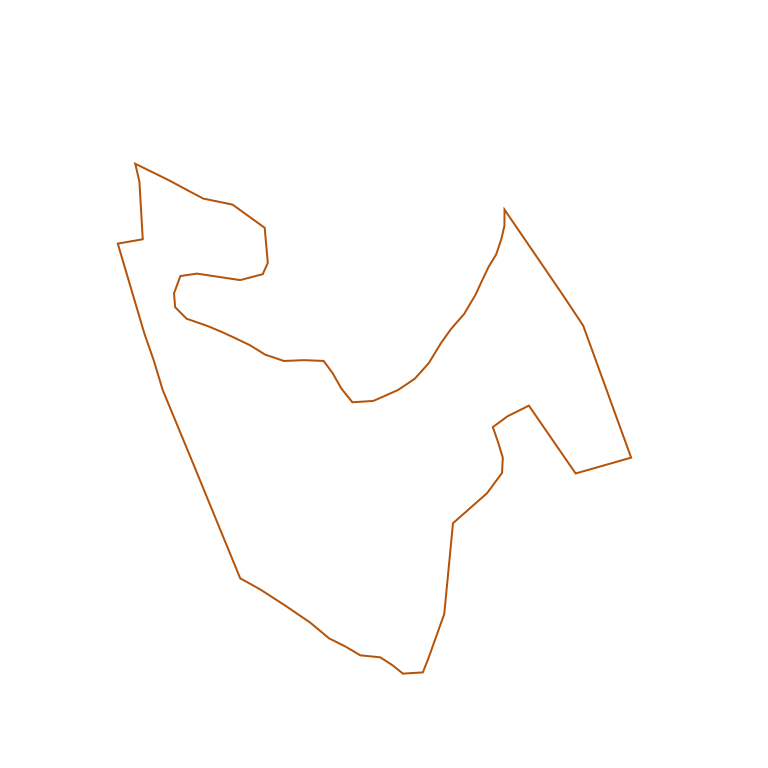 the district of Colinas, Rio Grande do Sul, Brazil, rotated 72°
{"feature_id": "56859067B64353341132274", "entity_name": "Colinas", "entity_type": "district", "adm_level": 2, "iso_a3": "BRA", "parent_name": "Brazil", "parent_adm1": "Rio Grande do Sul", "projection": "equal_earth", "projection_center": [-51.881, -29.385], "detail": "fine", "context": "isolated", "style": "outline", "palette": "amber", "viewbox_px": 768, "rotation_deg": 72, "n_neighbors": 0, "source": "geoboundaries", "source_scale": "gbopen_adm2", "svg_char_len": 1027}
<svg xmlns="http://www.w3.org/2000/svg" viewBox="0 0 768 768"><g transform="rotate(72 384 384)"><path d="M97.7,552.5L116.0,554.1L171.8,568.7L168.2,593.8L261.6,596.3L290.1,595.7L321.3,596.3L402.3,590.0L524.4,580.8L540.8,565.5L564.1,546.5L588.3,527.8L609.0,514.8L621.8,501.8L634.7,490.4L642.8,472.0L654.2,462.8L665.3,455.5L670.3,436.2L659.2,427.0L621.4,397.8L537.7,361.4L519.7,319.8L505.0,299.2L490.9,293.8L475.5,293.5L458.6,293.8L452.9,276.7L449.3,252.9L528.3,229.4L530.4,171.7L390.2,176.5L355.0,186.3L255.4,215.5L270.6,220.5L282.3,227.5L295.6,237.4L304.4,247.8L315.1,258.0L327.4,269.4L342.2,286.2L352.4,303.3L362.8,317.3L378.0,335.0L388.5,353.1L394.0,372.4L396.8,399.4L391.6,419.7L375.0,426.0L357.8,429.5L343.4,434.3L336.5,453.0L331.2,472.0L319.4,487.9L305.6,499.6L295.6,510.1L284.2,522.4L274.4,533.8L260.9,551.6L246.4,558.9L232.9,555.7L218.4,544.3L221.2,527.8L240.7,488.8L242.1,465.4L232.9,457.1L198.6,449.2L166.6,472.6L151.8,498.6L140.7,509.4L123.8,525.6L97.7,552.5Z" fill="none" stroke="#b45309" stroke-width="2"/></g></svg>